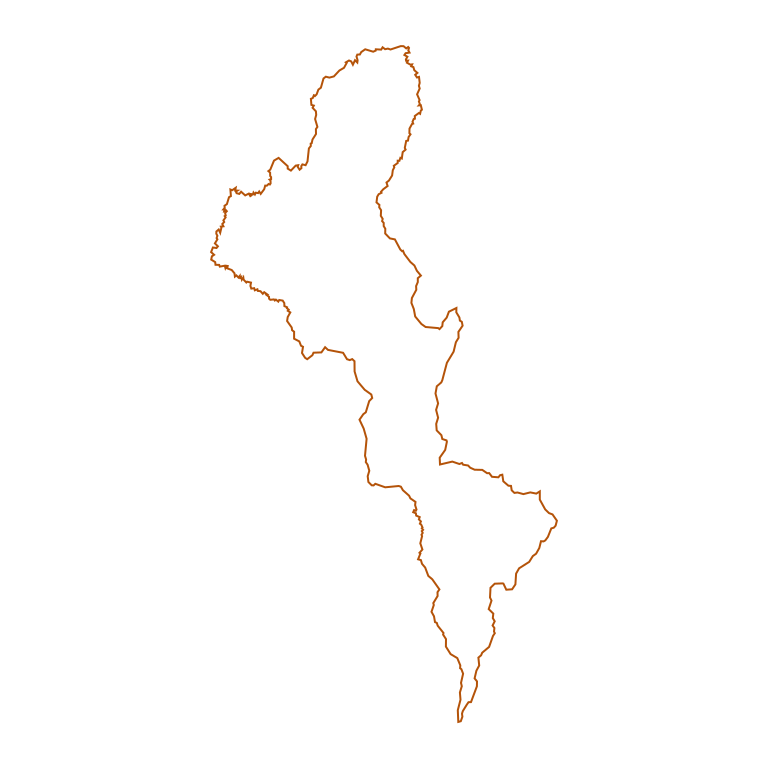 outline of Sevilla, Valle del Cauca, Colombia
{"feature_id": "7082276B53054479905694", "entity_name": "Sevilla", "entity_type": "district", "adm_level": 2, "iso_a3": "COL", "parent_name": "Colombia", "parent_adm1": "Valle del Cauca", "projection": "natural_earth1", "projection_center": [-75.905, 4.158], "detail": "fine", "context": "isolated", "style": "outline", "palette": "amber", "viewbox_px": 768, "rotation_deg": 0, "n_neighbors": 0, "source": "geoboundaries", "source_scale": "gbopen_adm2", "svg_char_len": 6053}
<svg xmlns="http://www.w3.org/2000/svg" viewBox="0 0 768 768"><path d="M456.4,308.0L448.9,311.7L446.7,317.6L442.7,322.3L442.3,326.1L439.5,329.1L438.2,328.1L425.6,327.0L421.4,324.0L415.2,316.5L413.8,309.0L411.4,302.9L411.9,298.0L416.3,289.8L416.1,286.1L417.8,282.1L417.8,278.2L420.9,275.6L416.9,270.8L414.4,265.5L410.4,262.0L404.4,254.1L403.0,250.8L402.1,251.2L400.3,249.5L394.9,239.4L389.9,238.4L385.2,233.5L385.3,228.7L383.7,226.1L383.7,222.9L382.1,221.1L382.7,218.9L380.8,215.8L381.1,210.2L379.2,207.3L379.4,204.9L376.5,202.4L377.2,196.7L378.7,194.2L381.5,192.8L381.0,191.8L383.2,189.3L387.6,186.0L386.5,182.5L388.9,180.6L392.1,175.5L392.8,170.2L394.3,167.3L393.8,165.8L397.7,163.0L397.7,160.7L399.4,160.8L400.4,157.8L401.8,158.5L402.7,152.1L405.6,149.6L404.8,147.9L406.2,140.9L408.0,140.6L408.6,137.0L410.5,134.3L409.4,133.2L409.5,128.6L412.0,124.0L413.2,123.6L412.5,121.8L413.7,119.0L414.9,118.7L414.8,116.0L418.9,113.0L420.1,113.8L420.8,110.6L421.9,109.7L420.8,105.2L418.9,105.4L419.9,104.2L418.9,101.5L419.6,100.1L417.1,94.3L419.7,88.5L418.9,85.8L419.7,82.9L419.0,76.9L417.0,77.5L415.2,74.8L417.4,72.9L414.3,70.2L413.4,67.1L411.2,66.3L412.1,64.4L410.3,64.6L406.9,62.7L408.0,60.6L406.1,60.7L405.9,59.4L407.4,56.7L404.4,55.0L405.6,53.2L409.5,52.6L408.3,50.3L409.0,47.9L408.2,47.0L406.2,48.4L403.6,46.2L400.8,46.1L390.5,49.5L387.9,48.6L385.1,49.2L382.6,47.3L381.2,49.6L375.8,49.3L375.7,50.6L373.2,51.7L365.2,49.3L361.2,52.1L359.9,54.5L357.3,54.6L356.5,56.5L357.6,60.3L357.3,62.5L355.0,60.2L352.9,64.7L351.2,61.4L349.0,60.5L345.9,62.3L346.7,62.9L344.0,67.8L339.4,70.5L333.9,76.4L329.4,77.6L325.8,76.7L323.5,78.5L320.9,87.7L318.4,89.6L316.6,94.4L314.3,96.7L314.7,95.5L313.9,95.2L312.7,98.1L310.9,98.8L311.4,104.9L313.8,105.6L312.6,107.8L315.9,111.3L316.2,114.9L315.1,119.0L317.4,126.9L315.9,129.1L316.0,134.0L312.5,139.5L311.7,143.2L310.7,143.6L310.8,146.0L308.9,148.4L307.5,161.4L305.6,165.2L302.4,164.4L301.3,166.1L301.4,168.2L299.6,169.7L297.7,166.8L298.2,165.2L295.7,165.6L290.9,170.6L287.7,168.6L287.7,166.2L278.6,157.9L274.0,160.6L270.3,169.6L268.4,171.1L270.1,172.6L270.2,176.0L271.1,177.1L271.1,179.1L269.6,179.6L270.5,180.5L270.6,183.4L269.9,184.5L268.6,184.0L266.8,185.7L265.2,185.6L264.2,189.2L260.7,193.9L259.2,191.5L258.1,193.1L255.8,192.7L254.9,194.5L253.5,192.6L253.0,194.3L250.7,194.0L251.4,195.4L250.3,196.1L248.8,193.6L245.2,195.4L241.1,191.7L239.3,193.9L236.6,193.2L235.9,191.6L237.4,190.6L235.2,190.5L235.7,187.8L232.2,190.2L230.4,189.5L230.9,196.1L229.0,197.2L226.9,204.1L224.5,205.8L224.7,207.8L223.4,209.4L224.6,209.4L224.2,211.1L225.9,210.2L226.8,211.2L225.1,213.0L225.7,215.4L224.7,216.1L225.6,217.4L223.4,220.4L224.2,222.0L222.3,224.0L223.4,226.3L220.9,226.6L221.4,227.7L220.2,232.8L218.7,229.5L216.4,231.5L216.3,233.7L217.4,235.8L216.6,238.1L217.4,239.3L214.9,243.4L217.9,246.3L216.5,248.0L212.9,247.5L211.1,252.1L214.1,254.8L211.9,256.3L211.2,259.6L215.2,262.1L215.5,264.8L219.2,264.9L219.8,266.6L224.8,265.7L225.4,268.0L226.4,265.8L227.7,266.0L227.1,268.3L231.7,270.0L234.5,273.3L234.9,276.6L236.4,275.4L238.4,277.5L239.6,276.1L239.5,277.4L240.9,276.8L240.5,278.2L241.7,278.3L241.9,279.5L243.3,277.4L243.6,279.6L246.3,282.5L247.1,281.7L251.0,282.6L250.4,285.9L251.3,288.6L254.2,288.2L254.8,290.3L257.4,289.3L257.8,290.9L260.5,291.2L262.8,293.8L264.2,292.2L267.4,294.5L266.5,294.9L269.0,296.8L269.1,298.7L270.3,299.8L273.9,299.4L274.8,300.5L275.9,299.6L278.3,301.6L279.2,300.0L282.7,300.6L284.3,303.1L284.4,306.1L287.1,307.3L286.9,308.2L288.7,309.7L287.8,310.8L290.3,312.4L287.7,317.1L287.1,321.0L291.7,327.5L292.1,330.2L294.1,331.7L294.1,338.7L299.3,341.4L301.0,345.7L303.0,346.8L302.0,353.0L305.1,357.8L307.2,359.2L312.4,355.2L313.5,352.7L321.4,352.4L325.1,347.2L328.0,349.9L343.1,352.8L347.0,359.2L349.8,360.1L352.2,359.1L354.5,361.2L354.6,371.5L357.5,381.3L364.7,389.8L371.3,394.5L372.2,398.0L369.2,401.1L365.8,412.3L363.3,414.2L359.5,419.7L363.7,428.6L366.6,438.8L365.0,455.8L366.1,459.5L365.8,462.1L367.6,464.7L369.3,470.8L367.7,476.2L368.4,482.0L371.7,485.3L373.6,485.4L375.3,483.8L385.2,487.3L398.7,486.0L400.9,486.7L402.9,490.2L409.1,495.7L410.4,498.4L415.5,501.9L415.1,505.1L416.5,509.6L415.8,510.8L414.1,510.1L413.2,512.2L415.9,513.3L416.2,515.6L419.7,517.1L418.9,519.4L420.9,521.4L419.9,523.7L421.2,524.6L422.5,527.5L421.8,528.3L423.1,529.8L421.8,531.1L422.7,532.9L421.5,534.8L422.1,536.1L420.3,543.3L422.4,549.5L419.5,552.8L420.4,553.5L418.1,559.3L420.9,560.1L422.0,563.8L425.2,567.6L428.3,575.9L432.3,579.3L439.4,589.4L437.5,592.2L437.6,596.0L433.3,603.1L433.8,605.0L431.5,611.8L434.0,616.3L435.0,622.1L436.8,622.9L437.7,625.7L443.5,633.0L443.1,634.6L446.0,639.1L445.9,646.6L450.6,654.1L457.3,658.1L460.3,665.4L460.1,668.2L461.4,669.2L463.1,673.7L461.0,682.9L461.8,686.2L459.9,692.5L460.5,699.7L457.8,710.2L458.3,721.9L460.8,721.2L462.4,716.7L462.0,713.7L462.8,711.1L466.7,704.8L468.5,702.2L471.0,702.1L476.9,686.3L477.0,681.4L474.6,678.4L476.4,670.7L479.2,665.5L478.4,657.6L481.1,655.3L482.2,652.7L489.1,646.9L493.0,635.9L494.8,633.2L494.0,631.6L494.4,628.0L492.6,625.5L494.7,621.3L492.8,618.1L493.3,613.6L488.7,609.1L491.5,600.6L490.0,597.5L490.5,587.8L494.7,583.7L502.5,583.4L503.4,583.6L506.3,589.7L512.1,589.3L515.4,584.4L516.1,573.6L519.1,568.3L529.2,561.9L532.8,556.1L536.1,553.7L539.3,548.0L541.0,541.2L543.6,541.4L545.3,540.4L547.9,536.9L551.3,528.4L553.8,527.7L555.6,525.7L556.9,520.7L552.5,514.4L549.0,513.1L545.2,509.4L539.8,499.6L539.8,491.4L536.3,493.6L530.3,492.4L523.4,494.1L517.5,492.5L514.4,492.9L511.7,490.3L511.0,485.9L508.4,485.7L503.3,481.3L502.3,474.7L500.1,475.2L498.4,477.3L492.0,476.8L489.2,473.1L487.1,473.2L482.3,469.9L474.6,469.7L470.2,467.7L468.1,465.5L463.1,464.7L462.0,463.0L459.4,464.0L452.3,461.6L440.0,464.5L439.7,457.7L445.2,449.9L446.9,441.7L446.5,440.4L442.3,439.0L441.4,435.2L436.7,430.4L436.2,423.9L438.1,417.7L436.1,409.9L438.1,403.4L435.5,393.5L436.8,386.3L441.3,382.4L442.3,380.2L446.9,362.8L453.6,351.7L455.9,342.2L458.6,337.8L458.4,331.9L462.6,325.7L461.8,321.8L459.9,320.6L459.4,317.5L456.3,312.3L456.4,308.0Z" fill="none" stroke="#b45309" stroke-width="2"/></svg>